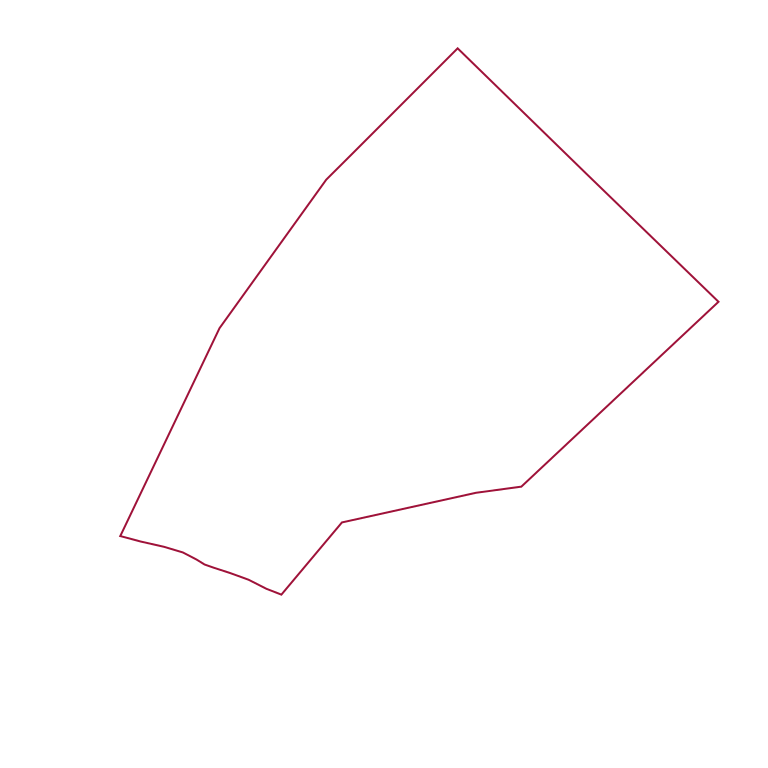 the district of Shaykh Zuwayd, Shamal Sina', Egypt, rotated 224°
{"feature_id": "37247803B84548629991625", "entity_name": "Shaykh Zuwayd", "entity_type": "district", "adm_level": 2, "iso_a3": "EGY", "parent_name": "Egypt", "parent_adm1": "Shamal Sina'", "projection": "natural_earth1", "projection_center": [33.964, 30.921], "detail": "fine", "context": "isolated", "style": "outline", "palette": "rose", "viewbox_px": 768, "rotation_deg": 224, "n_neighbors": 0, "source": "geoboundaries", "source_scale": "gbopen_adm2", "svg_char_len": 452}
<svg xmlns="http://www.w3.org/2000/svg" viewBox="0 0 768 768"><g transform="rotate(224 384 384)"><path d="M384.9,675.8L564.2,676.6L566.9,521.1L567.5,490.9L541.1,309.9L469.2,94.8L468.1,91.4L449.7,101.6L429.1,114.1L411.7,123.1L396.9,127.5L387.7,129.5L378.8,133.6L363.2,141.2L345.5,149.1L326.3,155.0L311.5,161.2L315.6,219.5L318.1,255.2L242.3,369.6L214.6,404.7L213.9,405.5L200.5,675.5L384.9,675.8Z" fill="none" stroke="#9f1239" stroke-width="2"/></g></svg>